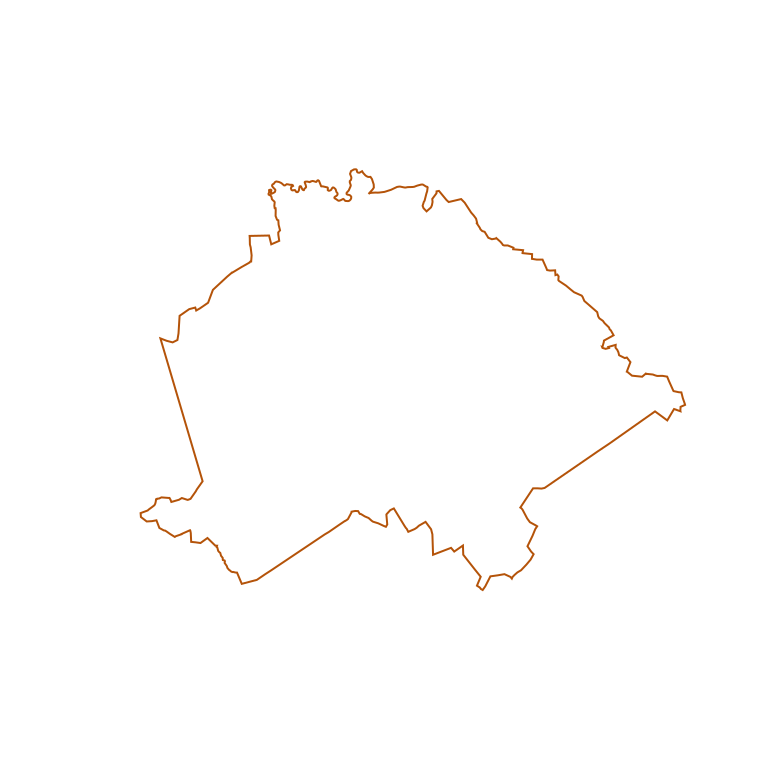 outline of Lēdurgas pag., Krimuldas, Latvia, rotated 249°
{"feature_id": "27541924B26008576526358", "entity_name": "Lēdurgas pag.", "entity_type": "district", "adm_level": 2, "iso_a3": "LVA", "parent_name": "Latvia", "parent_adm1": "Krimuldas", "projection": "albers", "projection_center": [24.794, 57.324], "detail": "fine", "context": "isolated", "style": "outline", "palette": "amber", "viewbox_px": 768, "rotation_deg": 249, "n_neighbors": 0, "source": "geoboundaries", "source_scale": "gbopen_adm2", "svg_char_len": 6154}
<svg xmlns="http://www.w3.org/2000/svg" viewBox="0 0 768 768"><g transform="rotate(249 384 384)"><path d="M248.4,179.6L246.7,195.1L249.0,204.9L250.5,212.0L264.8,274.7L265.6,279.4L268.7,292.2L270.1,298.3L270.0,298.5L270.4,300.5L270.8,301.9L274.4,306.1L276.2,308.1L276.4,308.1L276.3,308.8L275.8,311.6L274.6,314.3L271.5,314.8L270.7,316.0L267.3,318.6L264.4,321.6L260.7,323.5L259.4,324.4L256.0,328.7L251.5,333.0L250.0,334.6L251.7,336.7L261.2,339.4L261.5,339.7L264.0,344.7L264.3,348.6L244.7,352.2L241.9,352.8L240.7,353.3L237.3,353.7L237.6,360.6L238.1,363.0L239.2,365.8L240.4,373.4L231.5,375.9L226.3,375.3L207.0,368.6L207.0,387.9L202.4,389.5L204.9,399.8L196.2,396.8L178.4,402.3L169.4,405.2L162.4,398.5L159.7,400.5L157.9,401.0L156.3,402.3L158.8,406.0L166.3,414.4L164.6,421.7L163.3,428.3L158.6,432.9L156.5,433.6L157.8,434.9L159.0,437.5L160.3,441.0L161.0,445.2L164.3,452.1L167.5,457.9L171.5,462.7L174.8,461.3L181.1,459.8L189.1,468.3L194.3,473.2L196.3,476.0L197.4,475.2L202.7,470.7L207.1,469.5L217.1,468.3L218.6,467.8L219.8,467.0L233.2,485.8L231.7,489.7L229.9,493.6L229.4,496.7L244.4,559.0L247.5,572.6L261.3,627.2L248.5,635.4L256.7,645.8L252.3,651.0L252.9,651.1L256.4,652.7L256.6,657.6L257.4,657.7L263.7,657.9L269.6,658.6L270.6,656.4L273.6,651.8L273.8,651.7L284.5,651.1L289.4,651.0L291.7,647.1L293.7,641.8L294.9,640.2L296.5,638.4L299.2,633.1L299.3,632.5L299.9,632.2L298.3,627.6L302.9,618.5L308.0,615.6L308.5,615.1L316.1,621.9L321.7,620.2L321.9,618.1L326.6,613.8L329.6,614.2L332.3,614.0L334.4,613.3L335.1,613.2L337.5,614.3L338.2,606.7L337.0,606.9L337.4,603.5L339.4,600.9L340.3,600.9L340.2,601.0L340.7,601.5L344.5,604.3L345.7,604.9L347.2,615.8L352.8,615.0L354.2,614.3L356.2,614.3L361.8,611.7L364.5,611.0L368.1,608.6L370.3,608.2L374.7,608.8L389.7,600.8L394.3,600.6L395.7,600.2L401.6,594.3L405.9,591.8L410.6,589.2L417.5,584.3L418.6,584.0L421.9,585.6L424.1,585.0L424.2,583.1L428.8,584.5L430.4,579.6L431.9,577.1L434.0,577.1L443.3,576.6L445.5,571.0L447.8,567.0L452.2,568.8L456.5,560.3L456.6,560.2L459.1,561.8L463.5,552.9L464.8,553.7L469.0,549.2L470.3,545.8L471.2,544.8L472.7,544.5L475.2,543.6L480.0,541.1L479.7,540.6L480.5,536.6L483.1,533.8L490.0,532.5L491.6,530.5L493.8,529.5L495.5,529.4L500.8,528.2L500.9,528.7L505.4,529.2L509.3,528.1L512.8,526.8L524.4,524.3L529.0,522.3L530.7,509.6L533.3,508.3L544.6,504.5L545.0,502.1L543.2,501.3L539.5,495.4L536.6,494.6L533.7,492.8L532.0,491.1L529.9,485.6L534.0,483.9L536.5,483.9L539.7,486.4L540.6,487.6L546.7,491.9L548.4,493.3L551.9,495.2L552.5,495.1L553.3,494.0L556.1,491.9L556.6,491.1L556.9,489.9L557.3,486.0L557.3,482.9L557.7,481.2L559.3,476.7L559.7,474.5L560.2,473.4L562.4,470.0L562.9,468.7L563.3,466.8L562.8,460.2L563.1,454.5L563.2,453.2L564.5,447.9L564.9,446.7L565.8,444.6L567.0,440.8L567.3,439.1L567.2,438.6L567.4,438.5L569.7,443.1L571.0,444.9L574.0,445.9L579.6,446.2L582.2,445.6L583.0,443.4L584.2,442.2L585.4,441.4L588.4,440.2L590.5,439.8L590.1,437.3L590.1,436.6L590.7,435.5L591.2,435.1L591.9,434.9L593.7,435.3L594.3,435.0L594.6,434.5L595.1,432.9L594.6,429.5L592.3,427.6L588.7,427.6L587.5,427.1L586.4,426.3L585.7,424.8L584.5,424.3L581.5,424.2L580.5,423.6L577.3,420.4L576.1,418.0L575.6,417.4L574.6,417.2L573.9,417.7L573.0,419.2L572.3,419.9L571.5,420.3L570.4,420.5L569.0,419.8L568.2,418.9L567.7,417.8L567.5,417.0L567.6,416.0L568.8,413.5L571.0,412.6L571.4,412.2L571.1,409.3L571.2,407.6L571.3,407.4L571.7,406.9L573.8,405.5L574.9,404.6L575.5,404.4L576.0,404.6L576.3,405.1L576.5,405.7L576.6,406.7L577.0,407.9L577.7,408.6L578.1,408.8L579.0,408.9L580.4,408.4L582.9,408.6L583.7,408.4L585.3,407.5L585.8,406.8L585.4,405.6L584.4,404.5L584.1,403.9L584.0,402.9L584.1,401.9L584.5,401.4L585.2,401.0L587.0,401.8L587.5,401.8L587.8,401.6L590.5,397.6L590.8,396.6L591.1,396.2L596.9,396.1L597.7,395.6L597.9,394.9L597.6,394.3L597.1,393.6L597.0,393.0L598.7,390.8L599.2,389.9L599.3,388.4L599.2,388.4L599.1,386.9L600.3,385.2L600.9,383.8L601.1,382.8L600.9,382.4L600.5,382.2L597.9,382.2L595.9,381.9L595.5,381.6L594.6,379.4L593.7,378.7L593.8,378.3L594.5,377.7L595.1,377.5L598.1,377.3L598.5,377.1L598.7,376.3L598.4,375.8L595.2,373.9L594.2,372.6L594.1,372.1L594.3,371.7L594.4,371.3L595.2,370.7L595.5,370.6L595.9,370.7L597.0,370.3L597.2,369.6L597.5,368.0L597.9,367.5L598.4,367.2L600.0,367.2L601.2,368.1L601.5,370.1L602.2,370.1L603.0,369.4L603.6,367.7L604.5,366.4L605.4,364.8L604.9,362.6L605.3,361.8L608.0,360.4L608.8,359.8L610.2,358.4L611.7,356.0L611.6,354.9L611.4,354.3L610.6,353.2L610.4,352.6L610.3,351.6L610.0,351.1L609.1,350.5L607.5,350.8L604.5,352.1L603.8,352.0L602.5,351.1L602.1,349.8L601.9,347.5L601.9,347.1L602.2,346.8L602.9,346.9L605.3,348.3L605.9,348.0L606.2,347.4L606.2,346.2L605.2,345.8L604.5,345.9L602.9,344.3L602.1,344.2L601.1,345.2L600.1,345.8L599.1,346.0L596.7,345.6L595.4,346.1L593.7,347.0L592.9,347.1L589.7,345.5L587.5,345.0L587.0,345.8L586.4,345.6L586.8,345.1L586.2,345.4L585.6,345.4L579.7,343.0L575.7,343.0L574.7,344.0L570.5,342.7L564.7,342.0L563.4,339.6L561.1,338.8L555.2,337.5L554.8,328.8L563.8,329.9L570.4,311.6L568.4,311.0L562.3,308.8L559.4,308.5L551.5,306.5L546.0,303.9L546.3,303.3L546.1,303.0L545.9,302.3L545.6,302.1L544.3,293.3L542.3,282.1L542.5,282.0L540.4,276.0L533.2,258.0L522.9,248.9L520.6,239.4L519.9,235.0L523.0,235.2L523.7,229.0L520.9,217.6L504.9,210.3L499.1,206.9L498.6,201.6L502.2,196.6L506.7,191.6L358.2,179.8L352.6,171.4L351.3,169.9L346.1,162.2L346.1,159.8L346.2,159.1L350.0,154.4L349.4,151.1L350.1,143.2L352.5,143.2L354.5,142.9L354.9,141.9L357.9,135.6L357.7,133.0L358.1,131.5L357.9,130.9L358.2,130.6L358.1,129.9L355.9,128.7L354.2,127.5L353.1,126.2L352.3,123.6L351.2,119.6L350.6,118.0L350.7,110.5L346.9,109.4L340.7,113.2L339.1,118.3L338.3,122.7L330.1,122.7L326.2,126.0L325.6,127.1L324.3,128.1L320.7,130.5L316.2,133.9L316.5,135.1L316.3,141.0L316.5,141.0L316.6,142.5L317.0,150.5L316.3,150.6L314.1,150.2L305.7,147.4L303.8,151.2L301.3,155.7L303.5,164.0L293.5,168.6L292.9,170.1L292.3,169.5L291.8,169.3L291.2,169.8L287.7,169.4L286.4,169.8L285.0,170.6L282.1,170.3L279.5,171.1L277.7,170.5L277.4,170.5L276.4,171.9L275.6,172.0L274.1,171.1L270.5,172.0L268.4,171.9L266.1,172.7L264.9,173.5L264.1,173.8L263.3,174.5L262.8,175.0L262.6,175.8L261.2,177.8L260.6,179.2L248.4,179.6Z" fill="none" stroke="#b45309" stroke-width="2"/></g></svg>